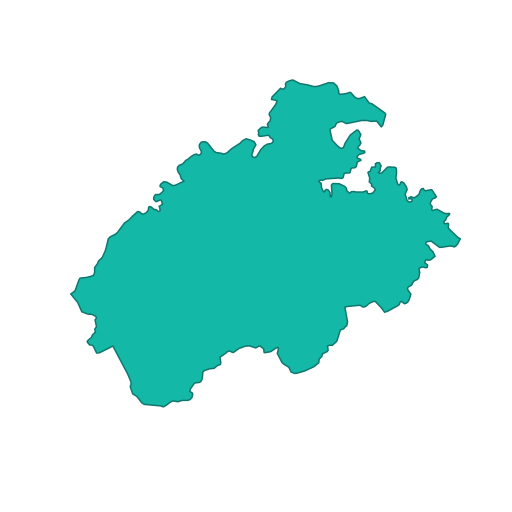 the Republic of Udmurt, rotated 235°
{"feature_id": "RUS-2387", "entity_name": "Udmurt", "entity_type": "Republic", "adm_level": 1, "iso_a3": "RUS", "parent_name": "Russia", "parent_adm1": "", "projection": "albers", "projection_center": [52.789, 57.2], "detail": "fine", "context": "isolated", "style": "filled", "palette": "teal", "viewbox_px": 512, "rotation_deg": 235, "n_neighbors": 0, "source": "natural_earth", "source_scale": "10m", "svg_char_len": 6132}
<svg xmlns="http://www.w3.org/2000/svg" viewBox="0 0 512 512"><g transform="rotate(235 256 256)"><path d="M379.3,372.3L377.2,373.7L376.8,375.0L377.8,377.7L380.1,378.8L380.9,380.5L380.4,383.9L379.1,387.1L372.0,390.9L366.7,396.3L361.6,400.6L360.2,402.7L359.0,405.6L356.4,414.7L353.3,418.8L348.8,419.8L344.1,418.6L341.6,417.1L340.1,417.7L337.3,423.1L336.2,426.8L335.6,427.3L329.3,428.1L327.2,429.1L326.0,430.5L325.3,432.1L324.3,436.3L316.6,436.4L313.9,438.4L299.2,443.6L297.5,443.4L290.3,434.7L290.0,432.7L297.3,432.2L300.3,427.4L302.9,425.2L306.4,420.3L312.0,407.2L312.8,405.9L316.6,403.9L317.7,402.1L318.6,398.8L318.3,397.5L316.8,395.0L317.4,389.7L316.4,388.7L307.0,384.8L299.5,385.9L296.3,386.9L294.9,388.1L294.7,388.8L294.9,390.2L297.2,393.5L301.0,402.6L301.4,410.8L300.1,411.9L295.3,411.5L292.8,407.7L288.4,406.8L287.5,405.0L286.8,402.2L286.0,401.2L282.1,402.5L279.7,405.1L278.6,404.7L278.3,403.4L280.0,399.0L279.7,396.8L278.9,395.5L278.2,395.1L275.2,397.1L274.2,396.7L274.9,392.9L272.0,389.8L271.5,388.5L271.8,387.1L273.0,385.4L273.0,383.9L270.5,381.0L270.4,380.3L272.7,376.7L272.9,375.3L270.4,372.6L270.2,371.7L270.6,370.3L272.5,368.4L279.1,357.4L279.7,353.9L280.8,353.1L281.5,350.8L280.7,350.1L278.3,351.1L274.4,348.9L269.9,348.1L269.5,349.1L270.2,350.4L270.2,351.8L268.8,353.0L265.5,353.0L262.0,350.9L261.4,351.5L262.8,353.6L270.8,358.4L271.3,360.1L270.6,361.5L267.5,365.6L262.4,368.5L259.7,368.9L257.4,367.8L253.8,368.7L253.6,369.1L254.0,370.9L252.7,373.2L251.1,374.5L247.1,380.2L246.2,383.6L245.5,384.2L243.8,383.3L242.7,383.7L241.5,385.2L240.7,387.5L240.9,389.1L242.0,391.9L244.0,391.9L247.1,390.8L248.5,392.0L251.7,391.3L254.7,393.9L260.2,395.6L260.4,396.2L259.9,398.2L262.4,401.7L260.4,404.9L263.1,406.8L263.0,408.6L261.8,410.5L258.1,410.2L256.6,407.9L254.7,406.8L254.0,404.1L252.7,404.7L252.0,406.5L252.0,407.5L253.3,414.2L253.0,415.6L249.1,420.6L247.9,421.2L246.4,420.7L242.8,418.3L239.8,415.4L233.7,413.3L231.9,414.1L232.1,415.2L233.4,416.8L233.1,418.1L231.0,419.0L226.1,418.8L223.7,417.9L221.2,413.7L214.4,411.5L212.1,412.7L211.4,414.4L211.6,415.4L212.9,416.3L214.1,415.7L215.2,413.9L215.9,414.4L215.7,416.9L213.1,418.8L212.7,420.7L213.0,424.8L215.6,428.5L216.0,430.3L215.4,431.7L213.3,431.6L212.2,432.3L209.7,437.7L208.8,438.0L201.1,437.8L200.8,435.8L201.6,433.3L199.9,429.7L198.4,428.5L195.5,428.7L193.3,426.5L191.8,427.0L190.7,430.6L190.2,431.3L183.2,434.6L181.4,436.4L180.1,438.7L179.4,438.8L178.9,437.8L178.5,434.8L176.7,432.0L176.4,429.7L175.3,428.9L173.8,429.5L172.8,431.9L172.3,432.2L171.1,431.7L169.8,430.2L167.9,429.6L155.5,432.0L152.9,433.2L150.2,428.0L149.5,425.0L149.8,423.5L151.4,422.4L153.2,420.2L156.6,413.1L157.9,411.3L167.7,408.0L169.5,404.6L169.6,402.8L168.0,401.9L165.6,403.1L161.6,402.6L158.3,403.4L153.1,402.5L152.7,397.0L153.4,395.1L155.4,393.0L155.3,392.5L153.8,390.4L150.2,391.4L148.6,389.9L148.9,388.4L151.0,386.7L152.0,385.0L152.2,383.0L152.0,382.1L148.6,380.7L144.6,376.5L144.3,374.7L144.9,370.6L143.1,367.2L142.9,366.2L143.3,363.0L142.7,361.6L141.3,361.0L135.8,360.9L132.3,356.3L131.3,354.1L131.1,352.3L131.7,350.3L135.2,349.1L135.6,348.3L135.6,347.6L134.1,345.5L134.0,343.8L135.3,331.8L136.2,329.1L141.3,329.0L150.2,327.7L151.4,326.3L152.3,321.3L151.8,317.8L152.1,315.5L153.2,314.0L154.7,313.7L156.2,312.6L162.2,302.0L163.1,299.5L149.4,293.1L146.8,290.3L146.9,288.7L146.1,286.1L147.0,282.7L139.8,273.3L139.1,267.4L140.8,264.8L141.2,263.0L137.3,260.9L136.9,259.3L137.7,254.3L135.9,252.2L135.3,248.6L132.5,246.2L132.1,239.9L133.9,229.9L136.4,222.6L137.6,220.3L140.9,218.2L146.0,219.1L151.5,216.7L153.9,216.2L164.0,217.6L167.2,221.3L168.5,221.6L169.1,219.5L169.2,213.2L171.7,207.8L172.2,207.3L175.7,209.0L179.9,207.7L180.5,206.5L180.9,203.0L186.1,199.1L188.3,195.5L190.0,188.9L189.9,182.4L190.5,181.4L192.9,180.2L193.6,179.4L194.0,177.7L193.7,175.0L193.8,168.5L188.7,165.9L187.6,164.6L188.4,161.4L188.0,157.2L190.1,153.5L191.5,148.9L191.7,147.0L191.4,145.9L186.2,141.5L184.8,138.9L184.9,137.1L186.8,133.7L186.9,132.1L184.8,126.2L183.0,124.1L180.5,125.2L179.0,124.8L176.9,122.5L176.2,119.8L176.8,117.4L180.1,112.6L181.4,108.5L185.1,104.6L185.4,101.5L185.2,96.8L185.6,93.5L187.9,91.9L198.6,79.3L201.4,78.2L209.3,77.9L213.8,75.9L220.7,77.9L221.5,78.4L222.5,80.1L224.7,81.4L232.9,83.2L264.3,87.1L266.4,72.9L266.9,71.3L268.0,69.8L275.5,71.0L277.3,70.4L278.5,68.7L282.3,68.4L283.2,69.4L283.7,74.5L285.2,76.8L285.8,80.7L288.6,82.0L289.4,84.5L290.1,85.0L296.0,87.5L296.6,89.5L297.3,90.0L298.6,90.0L302.2,88.2L304.8,85.0L310.2,81.3L320.3,83.3L331.1,82.5L331.2,87.7L337.9,97.2L338.8,99.2L335.8,104.6L334.1,108.9L333.4,112.0L335.2,114.4L339.1,117.2L340.5,121.4L342.3,124.3L342.8,128.4L343.4,130.0L347.1,136.1L354.8,144.9L355.3,147.5L354.5,154.0L354.8,156.2L358.5,167.3L358.4,172.6L359.5,177.9L360.3,184.4L359.4,185.7L355.8,186.8L354.9,187.9L354.4,190.2L355.1,193.8L357.6,196.1L357.6,197.1L356.1,198.3L352.5,199.3L351.1,200.9L348.8,201.3L348.3,201.6L348.2,203.2L348.6,203.9L352.2,205.2L352.0,209.1L356.0,210.3L356.8,209.8L357.4,206.4L358.0,205.2L360.9,204.7L362.2,205.4L363.4,207.0L364.0,208.9L361.8,212.0L362.1,216.0L362.8,218.0L365.0,218.7L368.0,217.3L369.0,218.1L369.6,219.6L369.7,223.2L367.6,225.3L361.3,228.3L360.2,230.7L358.6,239.9L362.3,239.1L366.1,240.4L369.1,240.3L372.3,241.3L373.8,242.8L374.3,245.2L373.5,248.7L374.6,253.4L374.3,255.3L374.7,260.3L374.5,263.4L373.8,265.6L371.4,266.8L371.1,268.4L371.5,269.7L372.5,271.1L377.0,271.8L379.1,272.9L379.9,273.9L380.7,276.6L378.7,280.0L376.3,281.1L366.1,281.7L363.7,282.6L360.4,286.2L358.0,287.9L357.3,290.3L357.2,292.1L357.9,297.5L357.5,307.5L358.2,311.3L357.7,315.1L354.5,317.7L350.7,320.1L347.2,319.7L344.6,314.5L343.9,314.2L341.1,310.4L339.2,310.1L337.3,311.5L337.2,313.8L340.4,320.9L341.4,325.6L341.2,329.3L339.6,332.7L339.4,334.0L339.8,335.3L340.7,336.4L342.3,336.7L344.7,335.6L347.3,335.7L348.2,334.7L351.1,328.8L352.4,327.3L354.1,327.5L354.8,328.7L357.0,329.4L357.7,330.1L358.2,334.0L357.8,335.5L354.8,339.0L354.6,340.1L357.2,340.8L357.8,341.7L358.7,345.2L360.9,347.4L364.5,348.0L365.4,349.0L368.7,358.6L370.7,362.2L372.4,361.4L375.3,358.5L376.3,359.4L377.1,360.5L379.3,372.3Z" fill="#14b8a6" stroke="#0f766e" stroke-width="1.5"/></g></svg>